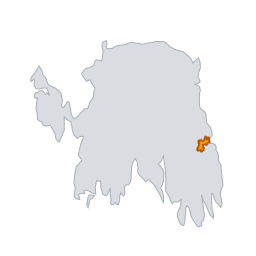 location of Cobh Lea-6, Cork, Ireland, rotated 277°
{"feature_id": "5873133B90074174000916", "entity_name": "Cobh Lea-6", "entity_type": "district", "adm_level": 2, "iso_a3": "IRL", "parent_name": "Ireland", "parent_adm1": "Cork", "projection": "natural_earth1", "projection_center": [-8.365, 51.953], "detail": "fine", "context": "in_parent", "style": "filled", "palette": "amber", "viewbox_px": 256, "rotation_deg": 277, "n_neighbors": 0, "source": "geoboundaries", "source_scale": "gbopen_adm2", "svg_char_len": 6806}
<svg xmlns="http://www.w3.org/2000/svg" viewBox="0 0 256 256"><g transform="rotate(277 128 128)"><path d="M168.3,39.8L161.9,43.2L160.9,44.5L159.1,49.6L158.9,51.0L154.9,56.7L152.6,57.9L149.2,58.8L147.3,59.7L144.9,59.3L141.8,59.4L140.3,60.4L140.3,61.2L141.3,62.1L147.0,64.7L146.6,65.8L145.0,67.0L134.8,70.1L131.8,72.0L130.8,73.2L131.8,75.2L140.0,81.4L141.4,82.1L142.6,85.7L149.8,87.2L152.8,89.4L155.3,89.9L160.8,89.7L163.0,90.6L164.3,90.0L165.0,88.8L171.1,84.4L169.2,81.1L175.4,75.6L177.1,75.6L180.0,77.3L182.5,79.7L183.3,82.9L185.6,85.7L187.0,86.7L191.0,87.3L191.9,88.4L191.3,92.5L191.9,93.9L202.0,93.8L206.0,92.0L209.5,92.3L211.2,94.1L212.0,96.0L209.0,96.8L205.9,96.4L204.4,97.6L204.3,100.0L205.4,103.1L207.5,105.3L209.2,110.3L210.7,115.8L212.9,119.1L213.4,123.3L213.1,125.3L213.5,129.0L212.6,130.3L213.4,133.7L217.2,144.8L218.0,153.4L216.2,156.7L213.8,159.7L212.3,163.4L211.1,167.3L210.4,173.7L205.2,181.2L203.0,183.0L200.4,184.2L206.1,189.4L201.5,191.7L196.4,192.5L190.7,191.2L187.2,191.3L182.8,194.0L181.8,193.5L179.6,189.3L178.1,193.7L174.9,195.1L169.3,194.8L160.0,196.0L156.4,197.2L155.0,199.2L153.9,201.5L152.4,202.8L150.8,203.6L143.6,205.2L142.2,205.9L138.9,209.6L134.5,211.7L130.9,212.4L127.7,210.2L126.4,208.9L124.9,208.3L119.9,208.4L121.5,209.0L122.5,210.6L123.0,213.5L122.4,216.3L120.0,217.8L117.1,218.0L112.5,221.0L106.4,221.8L103.2,224.5L83.1,229.1L81.9,229.2L79.2,228.0L76.2,227.5L73.2,227.9L64.8,230.4L60.7,229.9L65.9,223.5L72.9,220.3L73.7,219.4L71.4,219.0L58.1,221.2L53.5,223.1L48.9,223.7L51.0,220.8L57.0,216.8L62.2,214.1L64.4,211.8L70.6,209.1L50.5,214.6L45.2,214.0L44.0,212.4L39.9,213.2L38.3,209.4L44.5,203.8L48.0,201.4L52.3,200.1L56.3,198.2L57.9,196.0L56.0,195.2L43.8,195.8L38.0,195.3L38.3,193.5L39.4,191.5L45.5,188.1L48.7,187.5L51.6,187.9L56.8,189.9L63.6,189.2L60.8,187.0L60.3,182.6L58.1,181.1L60.9,179.0L64.1,177.8L69.5,173.5L71.4,172.9L81.9,171.8L93.3,169.6L104.5,166.5L98.8,164.8L96.0,162.5L91.6,167.1L88.4,168.9L79.3,169.8L76.5,169.3L72.5,167.8L71.2,168.4L70.0,169.5L64.0,171.8L57.8,172.3L65.1,168.2L74.4,161.1L76.5,158.9L79.4,155.0L78.5,153.3L76.6,152.4L83.4,144.4L85.7,143.0L90.0,142.8L93.2,141.5L94.5,141.5L95.8,141.0L98.6,138.7L94.3,137.1L89.9,136.4L76.4,137.2L74.6,137.0L72.9,136.3L71.8,135.2L71.0,132.5L70.0,131.9L66.9,131.9L63.9,132.8L61.8,132.7L59.8,131.5L63.1,128.8L58.8,128.1L54.5,128.6L50.9,127.8L50.8,126.1L52.5,124.4L50.4,122.7L49.9,120.7L52.2,119.7L54.7,120.0L59.8,118.5L66.2,117.7L60.7,116.2L58.5,114.9L58.4,113.0L58.9,111.3L65.3,108.4L72.1,107.2L71.6,105.3L72.1,103.3L65.2,102.7L58.4,104.1L59.2,100.2L60.8,96.7L61.2,94.4L60.8,91.9L57.7,93.0L57.3,89.5L56.0,87.1L51.2,88.8L51.4,85.6L52.8,83.4L55.2,82.5L57.7,82.9L62.2,82.9L66.6,81.2L72.9,80.8L83.0,81.3L89.9,86.0L91.7,85.1L94.5,82.2L95.8,81.9L106.2,83.1L112.7,84.8L114.4,84.3L113.5,81.0L111.3,78.8L114.1,75.8L117.5,73.8L119.7,72.8L125.0,71.5L127.3,70.4L128.8,66.6L131.2,63.4L118.1,65.0L105.5,61.3L107.5,58.6L110.2,57.1L114.7,56.0L115.2,54.6L117.5,53.4L121.3,50.4L119.9,46.5L120.6,43.6L123.4,41.7L124.2,39.0L125.4,37.0L131.0,36.3L136.3,34.4L144.6,34.2L146.7,34.9L146.2,31.7L150.1,31.3L151.6,31.9L152.3,34.2L154.0,35.7L154.6,38.3L153.4,40.2L151.4,41.8L153.3,43.3L150.5,46.1L153.5,44.9L157.8,42.2L157.5,39.9L156.8,37.1L155.6,34.5L156.1,31.7L158.5,29.9L164.9,29.1L162.3,25.9L164.6,25.6L167.1,26.2L170.8,28.7L178.7,32.2L174.9,35.3L170.1,37.5L168.3,39.8ZM57.0,101.5L56.8,103.0L53.8,101.1L52.4,99.1L44.1,98.1L47.5,96.1L49.2,96.7L55.1,96.8L56.7,97.6L57.0,101.5Z" fill="#d9dde1" stroke="#a8b0b8" stroke-width="1"/><path d="M123.3,209.6L123.4,209.8L123.4,210.0L123.4,210.3L123.4,210.5L123.5,210.7L123.6,210.8L123.8,210.8L124.0,210.7L124.6,210.5L124.7,210.4L124.7,210.5L124.8,210.4L124.7,210.4L124.8,210.4L125.2,210.4L125.3,210.4L125.6,210.3L125.8,210.2L126.1,210.0L126.3,210.1L126.6,210.1L126.8,210.0L127.0,210.0L127.4,210.0L127.6,210.0L127.8,210.1L128.0,210.1L128.1,209.9L128.1,209.7L128.1,209.4L128.3,209.4L128.5,209.3L128.6,209.1L128.6,208.8L128.3,208.7L128.1,208.7L127.6,208.8L127.1,208.8L126.9,208.6L126.7,208.5L126.7,208.4L126.7,208.2L126.8,208.1L126.7,208.0L126.6,207.9L126.8,207.9L126.8,207.6L126.7,207.5L126.8,207.5L127.0,207.4L127.3,207.4L127.5,207.4L127.7,207.6L127.8,207.5L128.0,207.5L128.4,207.3L128.6,207.2L128.7,206.9L128.6,206.7L128.8,206.4L128.9,206.2L129.0,206.1L128.8,206.0L128.7,205.8L128.7,205.7L128.4,205.6L128.2,205.4L127.9,205.4L127.7,205.4L127.7,205.5L127.4,205.5L127.4,205.4L127.2,205.3L127.0,205.2L126.9,205.0L126.6,205.0L126.4,205.0L126.2,205.0L126.0,205.3L125.9,205.3L125.7,205.3L125.5,205.2L125.4,205.1L125.1,205.1L124.9,205.0L124.8,204.9L124.7,204.8L124.8,204.8L124.7,204.7L124.5,204.2L124.3,203.7L124.1,203.1L124.1,202.7L124.4,202.3L124.5,202.2L124.4,202.1L124.5,202.0L124.6,201.9L124.9,201.9L125.1,201.9L124.8,201.6L124.7,201.4L124.5,201.2L124.6,200.9L124.5,200.7L124.4,200.6L124.6,200.5L124.6,200.3L124.5,200.2L124.5,199.9L124.4,199.8L124.0,199.9L123.9,199.9L123.9,200.0L123.7,200.1L123.7,199.9L123.6,199.7L123.4,199.5L123.4,199.4L123.2,199.5L122.9,199.6L122.7,199.6L122.3,199.7L122.1,199.6L121.9,199.6L121.9,199.8L121.9,200.0L122.0,200.1L121.9,200.1L122.0,200.2L122.0,200.4L121.9,200.5L121.8,200.4L121.7,200.5L121.1,200.7L120.9,200.7L120.7,200.8L120.4,200.8L120.2,200.8L120.2,200.7L120.1,200.4L119.9,200.4L119.7,200.3L119.4,200.4L119.2,200.3L118.9,200.2L118.7,200.2L118.4,200.1L118.1,200.0L117.9,200.1L117.6,200.0L117.4,200.0L117.4,199.9L117.2,199.8L117.2,199.6L116.9,199.6L116.6,199.2L116.4,199.1L116.2,199.6L116.4,199.7L116.4,199.8L116.4,200.0L116.2,200.0L116.0,199.8L115.9,199.6L115.7,199.5L115.9,199.4L116.1,199.4L114.7,199.2L114.7,199.4L114.6,199.5L114.4,199.7L113.9,200.0L114.0,200.4L114.0,200.7L114.1,200.8L114.2,201.0L114.3,201.3L114.3,201.5L114.4,201.4L114.4,201.5L114.5,201.7L114.6,201.9L114.6,202.0L114.8,202.1L115.1,202.2L115.2,202.3L115.3,202.4L115.3,202.5L115.2,202.6L115.0,202.9L114.9,203.0L114.4,203.3L114.3,203.2L114.2,203.2L113.6,203.2L113.6,203.3L113.4,203.5L113.5,203.6L113.4,203.9L113.4,204.0L113.6,204.1L113.8,204.2L113.8,204.3L113.8,204.5L114.0,204.6L114.3,204.7L114.4,204.9L114.4,205.1L114.6,205.3L114.8,205.4L115.0,205.6L115.0,205.8L115.3,206.0L115.5,206.0L115.8,205.9L116.2,205.8L116.4,205.8L116.4,205.7L116.5,205.7L116.4,205.6L116.7,205.5L116.6,205.4L116.8,205.3L117.0,205.3L117.3,205.2L117.6,205.2L117.6,205.3L117.7,205.2L117.8,205.2L117.7,205.0L118.1,204.9L118.3,204.7L118.8,204.8L118.9,204.7L119.1,204.7L119.4,204.6L119.5,204.6L119.8,204.4L120.0,204.4L120.3,204.2L120.5,204.1L120.8,204.4L120.8,204.5L121.0,204.5L120.9,204.5L120.8,204.8L120.8,205.0L120.7,205.2L120.6,205.3L120.7,205.6L120.9,205.7L121.0,205.8L121.3,206.0L121.4,206.3L121.1,206.5L121.0,206.8L121.2,207.1L121.1,207.3L121.0,207.5L120.9,207.7L120.7,207.8L121.2,208.2L121.9,208.6L122.2,208.6L122.7,208.7L122.8,208.8L123.1,209.1L123.3,209.6Z" fill="#f59e0b" stroke="#b45309" stroke-width="1.5"/></g></svg>